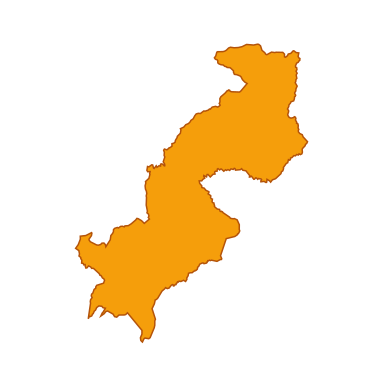 Xayacatlán de Bravo, Puebla, Mexico (Natural Earth projection), rotated 8°
{"feature_id": "50627088B60270238700137", "entity_name": "Xayacatlán de Bravo", "entity_type": "district", "adm_level": 2, "iso_a3": "MEX", "parent_name": "Mexico", "parent_adm1": "Puebla", "projection": "natural_earth1", "projection_center": [-97.941, 18.276], "detail": "fine", "context": "isolated", "style": "filled", "palette": "amber", "viewbox_px": 384, "rotation_deg": 8, "n_neighbors": 0, "source": "geoboundaries", "source_scale": "gbopen_adm2", "svg_char_len": 6039}
<svg xmlns="http://www.w3.org/2000/svg" viewBox="0 0 384 384"><g transform="rotate(8 192 192)"><path d="M269.9,168.8L272.9,167.2L277.5,161.5L277.8,159.5L279.0,158.4L279.4,156.2L279.1,155.0L281.4,150.6L282.7,149.7L283.0,146.5L284.4,146.9L284.9,146.1L284.9,144.6L286.2,144.0L287.8,141.8L289.4,141.8L290.4,140.3L292.1,140.6L292.7,139.3L294.1,139.9L295.5,138.9L295.8,137.2L295.2,134.7L295.3,133.7L297.5,130.6L297.8,129.0L298.8,128.0L299.4,126.1L294.3,121.9L293.2,119.9L290.6,119.1L289.0,117.6L288.7,116.0L289.1,115.4L288.1,113.6L288.0,111.5L287.4,109.8L286.0,109.4L286.1,108.5L284.4,106.2L284.7,104.9L284.0,103.5L282.8,103.2L282.4,104.1L279.7,105.1L277.8,104.6L276.3,102.8L276.0,101.8L276.5,99.1L276.3,97.9L275.0,96.5L275.9,94.0L275.9,92.2L277.1,90.3L277.5,88.9L280.0,87.6L280.4,85.6L280.3,83.4L280.9,82.9L281.2,81.7L280.0,80.2L279.9,79.3L280.7,77.6L280.6,75.3L281.4,72.5L279.0,69.4L279.4,68.0L279.3,66.2L280.0,64.8L279.0,62.1L279.0,61.0L279.6,59.8L278.2,57.9L278.9,56.2L278.3,54.2L277.3,54.1L276.9,52.7L277.7,49.8L279.1,48.8L279.8,47.2L280.4,46.7L280.3,44.8L279.1,44.3L278.2,43.0L278.4,39.4L275.6,39.4L273.5,38.1L272.6,38.1L270.5,41.0L268.1,42.0L267.6,43.7L265.9,45.5L264.8,45.3L264.4,42.6L262.5,41.1L255.8,41.9L254.6,42.4L251.3,42.4L247.0,45.6L245.8,45.3L244.7,43.9L241.6,42.0L239.5,37.7L237.5,36.5L236.3,36.5L232.6,37.9L225.5,38.3L221.4,41.1L217.7,42.5L213.7,43.3L209.9,43.3L208.2,44.3L206.3,46.8L204.6,48.1L203.0,48.7L197.9,49.5L197.1,50.1L196.6,54.0L195.5,56.0L196.7,57.3L198.5,57.6L199.2,58.3L199.6,60.5L200.4,61.2L202.7,61.9L205.2,61.9L206.9,63.0L208.7,63.2L209.4,63.8L212.5,63.6L216.2,66.2L216.4,67.6L217.6,69.6L220.1,69.6L223.4,70.4L224.5,71.1L226.4,73.8L229.0,75.8L231.5,76.9L226.4,85.1L225.2,86.4L217.5,87.2L215.8,87.0L215.1,86.0L214.2,85.8L213.5,86.7L212.8,86.7L211.0,89.5L207.3,93.7L206.6,95.7L207.1,98.4L207.0,99.9L206.6,100.4L207.8,102.1L207.2,103.0L205.7,104.3L203.4,103.9L200.2,105.1L198.5,107.5L197.7,107.4L196.8,108.6L193.8,110.1L192.4,110.1L189.4,113.1L187.3,113.2L185.3,114.1L184.1,116.2L183.0,119.3L180.9,121.3L180.5,122.6L179.0,124.7L176.5,126.2L174.8,128.9L171.7,130.9L172.4,132.1L172.3,135.5L169.7,138.9L169.7,140.1L168.4,143.1L168.3,145.1L167.0,146.3L165.4,146.9L165.8,149.5L163.8,151.3L163.3,151.3L161.7,153.4L161.2,153.7L158.7,153.3L158.1,154.6L159.1,156.5L159.3,159.7L160.2,161.1L159.3,166.1L161.0,168.1L161.4,169.8L160.9,170.0L159.0,168.5L157.6,168.4L157.0,168.9L157.2,170.7L155.7,170.6L153.9,172.4L152.9,171.0L151.2,174.0L150.6,173.7L149.3,170.7L148.3,170.7L145.8,173.1L144.4,172.9L144.3,176.8L145.3,178.1L147.7,177.6L147.5,179.8L147.9,180.4L147.4,184.5L144.5,188.1L145.0,189.5L144.7,192.4L145.5,195.6L146.6,197.3L147.4,199.7L147.2,202.3L147.7,203.7L148.5,211.4L150.5,217.2L150.3,218.9L151.8,219.8L152.7,221.7L152.2,223.3L153.6,224.7L149.1,229.7L146.0,227.4L142.4,225.9L141.1,225.8L140.1,227.6L136.3,231.9L133.6,234.2L130.3,234.9L129.8,235.9L127.7,235.6L126.1,236.0L124.1,237.9L123.0,237.5L120.4,238.8L119.5,240.2L119.7,242.4L119.1,244.1L117.7,246.4L117.7,250.7L114.3,258.2L113.6,256.2L111.9,254.8L109.9,255.2L108.8,256.7L106.7,257.7L104.9,257.7L98.2,255.4L96.7,253.8L96.6,253.0L98.5,249.2L98.6,246.7L98.2,246.2L92.9,249.9L87.5,251.3L88.0,254.3L87.7,255.5L86.7,259.9L84.6,264.0L88.1,265.8L89.2,269.0L89.0,271.1L90.9,272.3L91.2,273.5L92.4,274.9L92.6,277.8L94.4,278.0L95.0,279.2L96.3,278.8L96.6,280.3L97.5,282.1L98.6,281.7L99.8,279.6L102.1,280.3L103.3,281.6L104.7,281.3L105.6,281.7L111.4,285.7L112.5,287.3L113.6,287.4L115.3,289.6L116.6,290.1L117.7,291.5L117.1,294.6L110.6,297.7L109.9,299.4L110.1,300.6L108.6,302.1L107.9,305.8L106.8,307.2L106.7,308.9L107.8,310.5L106.6,312.7L106.5,314.5L107.0,316.4L106.9,332.0L107.8,329.3L108.7,329.5L110.0,328.6L110.5,326.6L111.1,326.2L111.8,323.6L112.9,322.4L113.7,319.7L115.6,317.8L118.6,317.7L120.0,319.0L122.4,319.1L121.7,321.1L121.3,321.4L121.2,322.4L119.9,324.4L119.0,327.5L122.0,324.7L123.3,322.4L125.0,321.6L130.8,323.9L132.7,326.2L134.9,326.4L136.8,324.0L142.0,323.2L143.4,322.6L144.9,320.6L161.7,336.0L162.2,339.7L161.2,343.5L161.9,346.0L162.7,346.8L163.8,347.5L164.8,344.2L165.7,343.2L169.6,343.3L170.8,342.1L173.5,331.7L173.7,329.2L173.1,324.7L173.5,323.1L168.7,313.1L170.3,308.0L170.6,304.0L171.8,303.3L172.9,301.8L176.1,294.3L178.5,291.6L179.1,290.4L180.9,291.1L182.7,290.3L184.5,287.2L185.5,286.4L186.0,286.4L186.6,287.6L187.2,287.6L187.6,286.6L189.1,285.9L189.1,284.8L189.7,284.4L190.2,282.9L191.0,283.1L191.6,282.1L193.4,282.2L195.9,280.6L198.1,281.5L199.1,279.3L198.8,277.8L199.8,275.5L199.9,273.0L201.2,272.3L203.4,271.9L204.9,270.2L206.1,269.6L206.1,269.2L207.0,269.0L208.0,267.7L208.1,265.7L209.0,264.7L209.7,262.4L212.0,260.9L213.3,260.8L213.8,261.3L216.0,260.5L216.7,259.8L216.5,259.4L217.2,258.6L217.2,257.8L218.0,257.8L218.6,257.1L219.7,257.4L220.7,256.8L226.4,257.2L229.4,255.0L230.6,254.7L230.7,253.8L229.1,251.2L232.4,233.4L240.6,230.1L242.9,228.0L243.0,227.1L243.7,226.8L244.6,224.4L244.6,223.6L244.0,222.5L243.4,217.8L240.6,213.3L237.6,212.4L236.5,212.8L233.7,212.7L232.8,211.7L225.5,208.1L225.0,207.4L223.9,207.0L223.5,207.4L222.4,207.0L221.7,205.4L219.5,205.4L216.8,203.7L216.1,202.9L216.2,202.1L215.5,201.0L215.3,199.9L213.8,199.6L213.2,198.7L213.2,196.2L211.9,195.9L211.1,194.9L211.2,193.3L210.9,192.9L208.2,191.6L208.8,190.1L208.7,189.4L205.4,188.3L203.6,186.5L201.1,186.2L200.8,184.5L198.4,182.4L197.6,180.0L200.1,179.6L200.9,178.1L202.7,176.5L201.4,174.9L201.4,174.0L204.3,175.0L204.5,172.6L205.4,172.4L208.0,174.6L210.4,171.5L212.3,171.0L211.6,169.0L212.2,168.2L213.9,167.9L213.9,165.7L214.5,165.2L216.3,166.3L217.2,165.3L218.0,165.2L220.6,167.0L222.1,165.3L223.2,165.8L224.5,164.8L226.3,165.4L227.4,163.7L229.7,163.9L230.5,162.7L231.4,162.9L232.0,164.3L236.7,163.2L237.9,162.0L239.3,163.4L242.4,163.5L246.7,167.6L246.8,169.2L247.7,168.9L247.7,168.2L248.7,168.1L251.4,170.8L252.1,170.6L253.1,169.1L254.0,169.2L255.3,170.3L256.2,169.3L257.5,169.6L258.3,169.3L259.2,170.1L258.6,171.5L258.8,172.3L261.9,171.5L264.0,172.3L264.6,171.9L264.5,169.0L267.3,170.2L268.5,171.3L269.9,168.8Z" fill="#f59e0b" stroke="#b45309" stroke-width="1.5"/></g></svg>